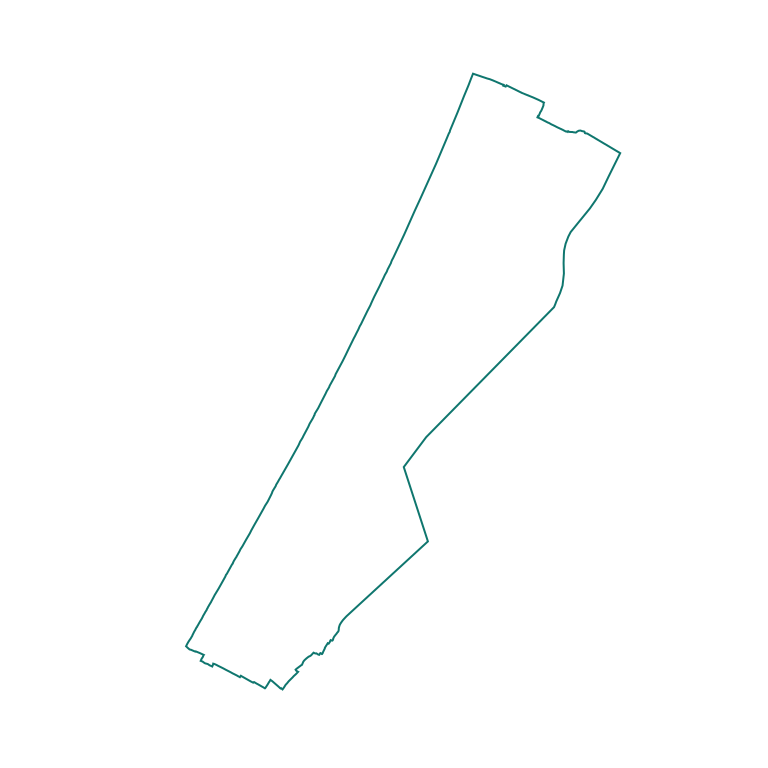 Sathing Phra, Songkhla, Thailand, rotated 221°
{"feature_id": "78962969B2429736291194", "entity_name": "Sathing Phra", "entity_type": "district", "adm_level": 2, "iso_a3": "THA", "parent_name": "Thailand", "parent_adm1": "Songkhla", "projection": "natural_earth1", "projection_center": [100.407, 7.492], "detail": "fine", "context": "isolated", "style": "outline", "palette": "teal", "viewbox_px": 768, "rotation_deg": 221, "n_neighbors": 0, "source": "geoboundaries", "source_scale": "gbopen_adm2", "svg_char_len": 5777}
<svg xmlns="http://www.w3.org/2000/svg" viewBox="0 0 768 768"><g transform="rotate(221 384 384)"><path d="M247.6,294.0L314.6,334.3L317.3,371.6L306.1,553.6L307.1,556.6L308.1,559.2L310.8,568.1L313.8,575.4L320.7,585.4L327.8,593.1L333.1,599.6L335.7,603.0L339.0,609.1L341.6,616.2L342.8,621.1L343.2,632.6L343.8,651.5L344.9,661.9L347.0,674.8L350.6,687.9L357.2,713.2L394.7,706.4L395.0,706.3L395.2,706.2L396.2,705.5L396.6,705.3L396.8,705.3L397.0,705.2L397.2,705.3L397.9,705.8L398.1,705.9L398.3,705.9L398.5,705.9L399.6,705.3L400.4,704.8L400.6,704.7L401.5,704.4L401.9,704.2L402.1,704.1L403.1,703.0L403.3,702.7L403.4,702.4L403.9,701.0L404.0,700.0L404.1,699.8L404.2,699.6L404.3,699.5L405.1,699.0L406.1,698.3L407.1,697.8L407.5,697.5L408.0,697.0L408.7,696.5L409.0,696.2L409.6,695.9L409.9,695.8L410.2,695.7L410.8,695.6L410.7,694.9L410.8,694.9L411.6,694.6L412.0,694.3L412.0,694.1L412.6,693.8L413.6,693.6L414.0,693.5L414.4,693.4L415.2,693.2L416.0,693.1L416.4,692.9L416.8,692.8L417.3,692.7L418.9,692.2L419.7,692.0L420.3,691.8L421.8,691.4L422.1,691.3L423.9,690.9L425.4,690.5L426.2,690.3L427.5,689.9L428.2,689.7L428.9,689.6L430.9,689.2L431.9,688.8L433.2,688.5L441.3,686.5L441.8,686.4L443.1,685.9L443.6,687.3L443.6,687.5L443.2,687.6L443.1,687.8L443.2,688.1L444.1,690.9L444.3,691.3L444.6,693.5L445.5,696.3L446.2,698.3L446.4,698.8L446.6,699.1L447.0,699.6L447.3,700.0L447.7,700.6L447.8,700.9L447.9,701.3L453.8,699.8L459.4,698.1L470.7,694.2L487.5,689.8L487.3,688.3L489.7,687.4L490.0,688.3L491.3,687.7L492.1,687.4L500.9,684.6L503.4,683.7L504.0,683.5L506.7,682.2L508.7,681.4L511.3,680.3L514.3,679.1L516.2,678.3L517.2,677.9L520.4,676.6L519.5,674.1L518.8,672.0L516.2,664.9L512.5,653.8L506.8,637.6L500.5,618.7L499.7,617.2L499.5,615.8L497.3,609.2L489.2,584.4L478.3,548.2L474.4,534.8L466.8,510.0L459.8,485.3L459.3,483.0L458.7,481.1L458.1,479.8L456.4,472.7L455.6,470.6L454.9,466.9L453.8,463.2L453.3,461.2L451.6,455.2L448.7,443.7L447.5,439.5L446.6,436.5L445.9,434.4L444.4,428.1L442.4,420.6L440.6,414.0L440.2,411.7L439.1,408.2L438.2,404.5L437.3,401.1L436.8,398.8L434.1,388.6L431.7,379.8L430.3,374.4L426.9,359.5L426.2,357.9L423.9,347.1L423.3,345.5L422.5,341.0L421.7,338.2L419.4,328.8L417.8,322.5L416.9,317.0L416.7,316.0L416.1,315.2L416.1,314.3L415.8,313.7L415.2,311.4L414.1,305.3L413.1,302.1L410.7,291.7L410.3,290.4L409.8,287.6L409.5,285.5L409.1,284.3L408.3,281.7L403.8,260.4L401.0,246.2L400.7,244.9L400.4,242.9L399.9,240.7L399.3,237.2L398.8,236.0L397.9,230.7L397.5,229.2L397.2,228.7L396.5,226.4L394.6,218.9L393.9,214.1L393.1,210.7L390.8,199.6L389.5,193.0L388.1,186.4L387.3,183.4L385.9,175.9L384.4,168.7L383.9,165.0L383.7,164.3L383.4,163.3L382.8,160.5L382.3,158.1L382.2,157.4L382.0,157.0L381.8,155.3L381.3,152.3L381.0,151.0L380.8,150.5L380.7,149.9L380.5,149.6L380.3,149.3L380.4,148.8L380.3,148.2L380.2,147.5L379.2,142.9L378.4,139.1L378.1,137.9L378.0,136.1L377.7,135.4L377.6,135.1L377.4,134.5L375.8,126.9L374.6,121.1L373.3,113.5L372.7,111.1L371.8,107.1L371.4,105.6L371.4,105.0L371.2,104.5L371.0,102.9L370.6,101.1L370.4,99.8L370.1,99.1L370.0,98.2L369.8,97.5L369.5,96.8L369.5,96.4L369.4,95.7L369.3,95.3L369.3,94.7L369.1,94.1L368.3,89.9L368.0,89.2L367.9,88.5L367.6,87.5L367.3,85.6L366.9,83.4L366.5,81.4L366.2,80.1L366.1,79.2L366.0,78.8L365.8,78.4L365.8,78.0L365.7,77.6L365.8,77.2L365.7,76.9L365.5,76.2L365.4,75.6L365.3,75.1L365.1,74.6L364.8,72.7L363.9,69.3L363.8,68.8L363.5,68.2L363.2,66.4L362.9,65.0L362.9,64.6L362.9,64.3L362.8,63.8L362.8,63.4L362.6,62.4L362.6,61.9L362.3,60.3L361.9,58.4L361.6,57.3L361.3,56.2L360.9,56.2L359.3,56.1L357.9,56.1L356.8,56.1L356.5,56.2L356.1,56.3L355.3,56.8L354.6,57.0L352.4,57.7L351.2,58.1L350.6,58.4L350.6,58.7L346.5,60.1L342.3,61.3L342.3,61.0L342.1,60.5L341.6,58.9L341.6,58.7L341.5,58.1L341.5,57.6L341.3,56.7L341.2,56.2L341.0,55.8L340.7,54.8L338.8,55.5L338.5,55.5L336.3,55.7L335.6,55.9L333.8,56.8L333.3,57.0L332.8,57.1L332.2,57.2L331.6,57.2L331.0,57.3L330.1,57.6L329.5,57.8L328.3,58.1L328.6,59.1L328.8,59.5L328.9,60.1L329.0,60.3L329.2,60.6L329.4,60.9L328.6,61.3L327.1,61.8L326.7,61.9L326.1,62.1L325.0,62.3L320.8,63.4L318.4,64.0L316.1,64.5L314.5,64.9L311.7,65.6L310.4,65.9L308.4,66.3L307.3,66.6L306.9,66.7L304.9,67.2L303.7,67.5L302.5,67.7L301.0,68.1L300.4,68.2L300.6,69.9L299.9,70.0L298.8,70.2L298.4,70.3L289.5,72.1L287.0,72.7L286.7,72.8L286.6,73.0L286.6,73.7L286.5,73.8L286.4,73.8L285.5,74.0L284.8,74.1L283.7,74.3L282.0,74.7L280.0,75.1L277.9,75.5L276.1,75.9L274.2,76.2L274.1,76.4L274.2,77.4L274.7,81.0L275.2,83.6L275.2,83.9L275.3,84.7L275.6,86.2L274.5,86.3L273.3,86.4L265.5,86.4L264.9,86.4L262.8,86.3L262.1,86.4L262.0,86.5L262.0,86.9L260.3,86.9L260.2,86.9L260.2,87.1L260.4,89.3L260.9,92.5L260.8,94.5L260.9,96.7L260.9,97.4L260.5,102.6L260.5,104.2L260.1,107.5L260.0,110.4L260.4,110.3L261.0,110.2L262.1,110.1L262.4,110.1L263.3,110.4L263.2,111.5L262.8,113.5L262.1,116.7L262.0,117.4L261.7,118.1L261.7,118.3L261.7,118.5L262.0,119.2L262.5,120.9L262.7,121.4L262.8,122.3L262.8,123.2L262.8,123.6L262.5,126.1L262.0,128.7L261.8,129.2L261.5,129.7L261.3,130.3L261.2,130.7L261.0,131.4L261.0,132.1L260.9,134.8L260.9,135.0L260.6,135.1L259.5,135.4L259.0,135.6L258.7,135.9L258.6,136.1L258.4,136.3L258.2,136.4L257.2,136.5L256.4,136.6L255.4,137.0L255.2,137.1L255.2,137.3L255.4,138.3L255.5,139.2L255.4,139.3L255.1,139.4L253.7,139.4L253.6,139.5L253.7,140.6L253.8,140.9L254.1,141.6L254.6,143.4L255.2,145.7L255.5,146.0L255.6,146.4L255.7,146.9L256.4,151.5L255.4,151.7L255.4,151.8L255.6,153.6L256.2,155.3L256.2,155.6L256.2,155.8L254.8,156.2L254.7,156.3L254.6,156.5L254.7,157.5L254.8,157.8L255.2,158.3L255.3,158.5L255.8,160.3L255.9,160.8L255.9,161.3L256.0,163.1L256.0,164.3L256.2,166.1L256.1,166.9L256.2,167.3L256.3,167.7L256.5,168.1L256.9,168.8L258.0,170.2L258.7,171.6L259.4,173.3L259.7,174.9L259.9,176.5L260.1,178.9L260.0,182.8L259.9,184.5L247.6,294.0Z" fill="none" stroke="#0f766e" stroke-width="2"/></g></svg>